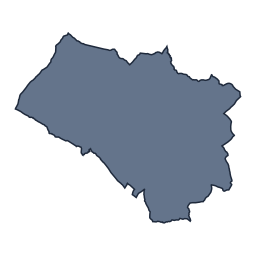 Guatavita, Cundinamarca, Colombia (Robinson projection)
{"feature_id": "7082276B39206984179134", "entity_name": "Guatavita", "entity_type": "district", "adm_level": 2, "iso_a3": "COL", "parent_name": "Colombia", "parent_adm1": "Cundinamarca", "projection": "robinson", "projection_center": [-73.779, 4.906], "detail": "fine", "context": "isolated", "style": "filled", "palette": "slate", "viewbox_px": 256, "rotation_deg": 0, "n_neighbors": 0, "source": "geoboundaries", "source_scale": "gbopen_adm2", "svg_char_len": 5722}
<svg xmlns="http://www.w3.org/2000/svg" viewBox="0 0 256 256"><path d="M49.9,63.0L47.2,66.9L46.6,67.4L43.2,69.6L42.2,70.0L41.8,70.4L40.2,72.8L39.1,74.1L38.4,74.6L36.7,76.3L35.8,77.0L35.2,78.0L33.1,80.1L31.6,81.0L30.3,82.1L27.7,85.3L26.3,87.4L22.8,91.9L20.5,94.3L19.9,95.5L19.2,98.8L18.7,99.7L18.4,101.8L18.0,103.8L17.1,105.6L15.6,108.3L15.4,109.0L17.2,109.7L20.9,111.6L23.0,113.2L25.1,114.5L28.3,116.0L29.3,117.2L30.5,117.4L30.9,117.2L31.6,117.3L32.2,117.5L32.5,117.8L32.9,117.7L33.0,118.1L33.7,118.3L34.1,118.8L35.0,119.3L35.5,120.1L36.0,120.2L38.6,121.9L39.5,122.2L43.1,124.4L44.4,124.8L45.0,125.7L46.7,126.7L47.0,127.1L47.9,129.7L49.1,131.8L49.0,132.8L49.1,133.2L49.7,133.6L51.3,133.6L51.9,134.1L52.3,134.0L52.8,134.5L53.3,134.7L54.2,135.2L54.8,135.9L55.1,136.7L55.3,136.9L56.4,137.0L56.8,137.1L57.2,137.0L57.9,137.1L58.6,137.0L61.1,138.6L65.7,140.8L66.0,140.9L67.0,140.5L68.4,141.1L75.9,145.9L76.2,146.2L76.3,146.4L76.5,146.2L77.2,146.1L78.8,146.2L80.0,146.9L80.9,147.1L81.4,148.2L81.5,148.6L81.2,152.2L81.3,152.6L81.3,153.0L82.2,154.1L82.3,154.7L83.0,155.3L83.2,154.8L83.5,154.5L84.2,154.5L84.8,153.5L86.2,153.1L86.6,153.2L87.3,153.0L88.0,152.5L88.0,152.1L88.1,151.9L88.6,151.9L88.8,151.5L89.2,151.7L89.7,151.5L89.3,150.8L89.4,150.2L89.1,150.0L89.1,149.7L89.4,149.3L89.8,149.4L90.3,149.4L90.6,149.0L90.8,149.7L92.1,151.8L92.5,152.1L93.5,152.6L93.7,153.1L95.2,153.3L95.7,153.6L96.2,154.6L96.9,155.6L98.9,157.0L100.1,158.2L100.6,158.8L100.5,159.2L100.8,159.6L103.3,162.4L103.6,162.4L105.6,164.8L108.5,168.6L111.0,172.6L115.6,178.1L117.6,180.7L121.2,183.6L121.5,184.1L122.4,184.7L124.8,188.0L126.5,185.3L126.8,185.0L127.1,183.8L127.4,183.3L128.3,184.2L129.9,185.1L134.5,189.3L133.9,190.0L133.2,191.3L132.8,192.4L132.3,194.6L133.8,195.6L136.2,197.5L137.9,194.3L138.6,193.3L139.9,192.5L141.6,191.5L144.3,189.3L144.5,189.4L144.1,190.7L143.9,194.6L144.2,195.6L144.4,197.7L144.9,199.6L144.6,200.6L144.6,201.0L145.5,202.1L145.9,203.6L147.6,206.8L148.2,207.6L149.1,210.5L150.1,211.7L150.1,212.3L149.9,213.9L149.8,215.9L149.8,217.7L150.2,218.4L151.0,219.2L152.0,220.0L152.5,220.7L152.7,221.6L156.1,221.9L157.8,221.3L160.0,221.7L160.7,222.1L161.7,222.1L162.6,222.5L162.7,222.2L163.6,222.8L164.2,222.9L164.7,222.7L166.4,221.8L167.2,222.0L168.2,221.5L169.8,221.6L171.1,221.0L172.0,219.9L174.3,220.4L176.3,219.9L178.5,220.0L179.2,219.4L179.9,218.4L182.8,219.2L183.4,219.1L184.5,218.6L187.2,218.8L190.2,221.2L190.6,220.4L190.0,218.4L189.5,217.6L188.7,215.5L189.1,214.4L188.9,213.1L189.5,212.2L189.6,211.2L189.1,210.3L188.9,209.0L187.8,207.8L187.5,207.2L188.1,205.7L188.6,204.9L190.1,203.0L192.5,202.7L195.7,202.7L199.8,202.1L201.2,201.7L203.3,201.6L203.7,200.8L204.5,200.2L205.4,198.3L206.5,197.1L208.0,196.3L210.8,192.3L211.3,190.7L211.7,188.9L211.7,187.6L211.3,185.6L211.4,184.9L213.8,185.3L215.6,185.8L218.0,187.0L219.6,187.4L222.0,188.3L222.6,188.8L223.0,190.4L223.7,191.0L224.6,191.1L226.5,190.1L227.7,189.9L228.8,189.9L231.5,185.2L231.7,184.4L230.4,183.1L230.4,182.8L230.7,182.0L231.9,181.1L231.9,180.2L230.6,176.2L230.0,173.1L230.0,172.4L229.5,170.6L229.3,169.0L228.9,167.7L228.6,165.6L227.9,163.8L226.3,161.4L225.2,159.0L225.2,158.5L225.5,157.7L225.8,157.4L226.3,156.5L226.9,156.1L227.6,155.8L228.0,155.4L227.8,153.8L226.7,152.0L225.8,151.6L224.3,149.3L224.1,148.4L223.3,147.2L222.4,146.6L222.0,145.9L228.0,141.9L230.6,139.7L231.6,138.6L232.8,136.7L234.3,135.5L234.0,134.9L232.9,133.9L232.0,132.7L231.2,131.2L230.8,129.9L230.7,126.4L231.0,123.6L231.4,122.0L231.3,121.3L229.9,119.1L227.5,116.4L226.4,115.4L223.8,113.6L226.0,111.4L229.6,108.7L230.9,107.2L232.9,105.5L233.3,105.0L234.4,104.0L236.4,100.6L240.6,96.6L240.1,95.4L239.8,91.8L235.6,89.2L233.0,86.3L232.7,85.4L231.8,84.4L230.6,83.7L229.6,83.4L229.0,83.3L227.8,83.4L226.4,83.9L223.2,85.6L222.3,85.6L222.1,84.8L222.0,84.6L219.3,83.9L219.1,83.6L218.9,80.9L217.2,79.0L214.6,77.1L213.0,76.6L212.2,75.8L212.0,75.0L211.5,74.8L209.9,78.5L209.3,79.1L208.7,79.5L206.4,80.2L205.6,80.3L205.0,80.3L203.5,79.9L201.4,79.9L200.2,80.3L199.4,81.1L198.8,81.4L197.9,81.1L197.1,80.2L196.3,79.8L194.6,79.9L193.4,79.7L192.9,79.9L192.5,79.8L190.2,78.1L189.2,76.7L188.1,76.5L187.6,76.0L187.0,75.0L186.1,74.5L183.5,74.2L182.2,73.6L181.3,73.4L179.7,73.4L178.7,73.7L177.7,73.3L176.8,71.9L176.7,71.2L176.4,70.5L175.8,70.1L175.1,70.1L174.8,69.9L174.0,69.1L174.0,68.9L174.3,68.3L174.3,68.1L173.9,67.7L173.9,67.0L173.5,66.2L172.6,65.8L172.4,65.3L171.6,64.5L171.4,63.9L170.9,63.5L170.9,62.4L170.6,61.9L171.1,61.3L171.6,60.4L171.3,59.3L171.4,59.0L171.3,58.0L171.1,57.7L171.0,57.8L170.6,57.8L170.3,57.4L170.0,56.6L170.2,55.8L169.5,55.5L169.4,55.3L169.3,54.3L169.1,54.2L168.9,54.4L168.6,54.3L167.9,52.7L167.5,52.8L167.3,52.8L167.3,52.3L167.8,51.5L167.8,51.0L167.7,50.2L167.8,49.7L167.2,48.0L166.9,46.5L165.8,48.3L164.9,49.1L163.5,51.0L162.5,53.0L161.9,53.7L161.2,53.1L160.5,53.0L159.5,52.3L157.9,52.0L157.5,52.0L156.6,52.4L155.6,52.6L154.7,53.6L154.1,53.7L153.1,54.2L151.6,54.7L149.7,54.4L147.7,53.6L146.2,53.8L140.3,53.1L140.0,53.8L139.5,54.4L138.9,54.9L137.5,55.4L136.3,57.8L134.7,59.3L132.6,62.0L129.7,64.8L129.4,64.7L128.8,63.7L127.8,62.9L126.2,60.7L124.5,60.0L123.3,58.9L122.6,58.6L121.6,58.6L120.9,58.5L119.9,58.1L119.4,57.8L118.6,56.7L117.9,55.1L117.2,54.3L117.1,52.8L116.9,52.1L115.9,51.1L114.6,49.3L114.1,49.2L112.4,49.3L110.9,50.2L109.4,50.4L108.0,49.8L104.0,49.1L84.7,44.5L83.5,43.7L82.7,43.7L82.0,43.5L80.3,42.7L79.6,41.7L78.7,41.5L78.2,41.0L76.9,40.8L74.5,38.3L73.9,37.9L72.7,37.3L70.4,34.8L69.2,34.1L68.2,33.1L68.0,33.4L67.7,34.5L67.4,34.9L63.6,36.2L63.0,37.1L62.6,38.2L60.9,40.1L60.3,41.7L58.3,43.7L56.5,45.0L55.9,45.8L55.7,46.4L55.9,47.2L55.6,52.2L54.3,54.5L53.5,56.3L52.7,57.7L51.4,59.1L51.0,60.1L50.9,61.4L50.6,62.4L49.9,63.0Z" fill="#64748b" stroke="#1e293b" stroke-width="1.5"/></svg>